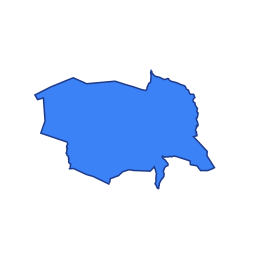 the district of San Pedro Sochiápam, Oaxaca, Mexico, rotated 315°
{"feature_id": "50627088B80283041271538", "entity_name": "San Pedro Sochiápam", "entity_type": "district", "adm_level": 2, "iso_a3": "MEX", "parent_name": "Mexico", "parent_adm1": "Oaxaca", "projection": "natural_earth1", "projection_center": [-96.643, 17.816], "detail": "fine", "context": "isolated", "style": "filled", "palette": "blue", "viewbox_px": 256, "rotation_deg": 315, "n_neighbors": 0, "source": "geoboundaries", "source_scale": "gbopen_adm2", "svg_char_len": 4703}
<svg xmlns="http://www.w3.org/2000/svg" viewBox="0 0 256 256"><g transform="rotate(315 128 128)"><path d="M66.6,102.0L66.8,102.2L66.8,102.3L66.8,102.5L66.7,102.7L65.8,103.8L65.7,103.9L65.7,104.0L65.7,104.3L65.6,104.5L65.7,105.1L65.8,105.2L65.8,105.6L65.8,105.8L65.7,106.1L65.4,106.2L65.3,106.4L65.3,106.5L65.2,106.5L65.0,106.8L64.9,106.9L64.8,107.0L64.8,107.3L64.8,107.6L64.7,107.8L64.6,108.0L64.4,108.1L64.1,108.1L63.9,108.0L63.7,108.2L63.6,108.5L63.5,108.8L63.3,109.1L63.0,109.3L62.7,109.5L62.4,109.7L62.2,109.9L62.1,110.0L61.9,110.4L61.8,110.5L61.8,110.9L61.8,111.1L61.7,111.3L61.6,111.5L61.6,111.8L61.7,112.3L61.9,112.9L61.9,113.0L61.7,113.3L61.5,113.5L61.2,113.6L60.9,113.8L60.7,113.8L60.4,114.0L60.1,114.3L59.9,114.5L59.6,114.8L59.4,115.0L59.1,115.2L59.0,115.3L58.8,115.4L58.6,115.4L58.5,115.5L58.3,115.5L58.2,115.5L58.0,115.4L57.9,115.4L57.9,115.6L60.8,118.1L65.7,131.4L69.1,137.6L74.7,153.6L74.8,154.0L75.2,153.7L76.8,153.3L77.4,153.0L78.1,152.4L78.6,152.1L79.7,151.3L80.8,151.9L87.6,155.0L93.1,155.1L97.8,157.5L99.2,158.2L102.2,162.3L102.3,162.4L103.9,164.1L106.7,167.1L113.2,174.2L119.0,174.1L118.7,174.4L118.5,175.2L118.4,175.7L117.9,176.9L117.0,178.2L116.7,178.7L116.5,179.2L116.3,179.6L115.9,180.2L115.6,180.7L114.5,181.3L112.8,182.8L112.1,183.4L111.0,184.5L110.7,184.9L110.0,185.5L109.6,185.8L108.7,186.2L108.1,186.3L107.8,186.5L107.5,187.2L107.5,187.6L107.4,188.3L107.3,188.8L107.1,189.2L106.9,189.6L106.6,189.9L106.5,190.5L106.4,191.1L106.4,191.7L106.5,192.3L106.9,192.4L107.3,192.2L107.5,191.9L107.7,191.6L108.1,191.5L108.4,191.2L108.9,190.8L109.4,190.7L109.7,190.5L110.1,190.0L110.6,189.6L111.0,189.4L111.4,189.2L111.9,189.1L112.5,188.9L112.9,188.7L113.6,188.4L114.5,188.3L115.0,188.2L115.6,188.1L116.0,188.0L116.4,188.1L117.7,187.9L118.2,187.8L119.0,187.6L119.5,187.3L119.9,187.0L120.3,186.6L120.7,186.3L121.1,185.9L121.5,185.3L121.8,184.5L121.9,183.9L122.3,183.6L122.7,183.4L123.2,183.2L123.8,183.1L124.9,182.3L125.2,182.3L126.1,182.0L126.5,182.0L126.9,181.9L127.4,181.9L127.8,182.1L128.3,182.2L128.9,182.3L129.3,182.6L129.6,182.8L130.1,182.5L130.5,182.1L130.8,181.8L131.0,181.3L131.2,179.8L131.4,178.4L131.5,177.8L131.6,176.8L131.5,176.1L131.4,175.5L131.3,174.9L131.4,174.2L131.4,173.6L131.6,173.0L131.9,172.7L132.3,172.3L132.7,172.7L132.9,173.3L133.0,173.7L133.1,174.2L133.3,174.5L133.6,174.8L133.9,175.0L134.4,175.1L134.6,175.3L135.0,175.9L135.7,176.6L136.0,176.9L136.5,177.2L137.2,177.3L137.4,177.6L137.7,178.0L137.9,178.4L138.1,178.9L138.4,179.2L139.0,179.5L139.6,179.6L139.9,179.7L140.4,180.1L140.8,180.6L141.3,181.3L141.8,181.9L148.6,195.2L146.2,198.0L150.0,203.5L149.2,209.4L154.3,214.5L158.6,216.4L161.1,217.2L164.2,203.5L167.5,200.5L168.2,180.4L171.3,182.2L171.5,181.7L172.2,181.3L172.1,180.5L172.6,180.3L172.7,179.6L173.6,179.5L173.9,177.5L174.8,176.9L176.4,176.2L177.7,175.9L177.7,174.9L178.1,174.8L179.3,175.8L180.5,174.4L181.4,172.7L182.3,170.5L183.5,169.2L184.3,169.7L187.9,167.2L187.9,166.6L188.2,166.6L188.2,165.1L191.1,163.1L191.0,162.6L191.4,160.5L192.2,158.6L193.1,157.7L192.8,155.6L193.2,154.7L193.8,154.1L194.6,154.0L195.2,153.6L196.8,153.8L197.1,153.1L198.1,151.0L198.1,150.4L196.5,148.8L195.9,147.8L196.1,147.0L196.7,145.4L197.1,144.8L197.5,143.9L197.3,143.3L197.1,142.7L196.9,142.1L196.9,141.3L197.4,140.4L197.6,139.7L197.8,139.3L197.9,138.5L197.8,138.1L197.6,137.8L197.4,137.3L197.0,136.4L196.6,135.6L195.9,134.4L195.3,132.4L194.7,131.0L193.3,128.4L191.5,125.3L191.2,124.6L191.1,123.9L191.1,123.4L191.2,122.9L191.5,121.8L191.1,121.1L190.2,120.6L189.4,120.4L188.7,120.0L188.2,119.5L188.0,119.3L187.2,117.6L186.9,116.5L186.5,115.4L186.2,114.6L185.8,113.8L185.3,113.1L185.0,112.5L184.5,111.9L184.1,111.0L183.7,109.9L183.7,108.8L183.8,108.2L183.7,107.4L183.8,106.7L183.8,106.3L184.0,105.8L184.6,105.2L184.8,104.7L184.8,104.4L184.9,103.9L184.4,104.2L183.6,104.5L182.8,105.2L182.4,105.9L182.1,106.3L181.5,106.9L181.1,107.3L180.9,107.7L180.5,108.1L179.9,108.6L179.0,109.3L178.5,109.6L178.3,109.9L177.8,110.4L177.4,110.6L177.0,110.9L176.6,111.3L176.1,111.5L175.6,111.5L175.0,111.2L174.5,111.3L174.0,111.4L173.6,111.3L173.3,111.6L172.9,111.7L172.5,112.0L172.0,112.2L171.6,112.2L171.1,112.4L170.6,112.5L170.1,112.9L169.7,113.2L169.3,113.5L168.9,113.8L168.5,113.9L167.7,114.0L167.2,114.1L164.9,110.7L160.7,102.3L156.7,95.0L151.9,85.7L130.1,67.5L124.8,53.8L117.9,50.8L102.3,44.3L85.5,38.8L84.2,44.0L89.4,47.0L74.3,64.4L62.7,70.0L69.0,82.7L70.3,85.4L71.4,87.6L72.4,89.6L74.6,94.1L75.0,94.6L74.9,95.0L74.6,95.8L74.5,96.0L74.3,96.3L74.2,96.4L74.0,96.8L73.6,97.1L73.1,97.2L72.5,97.0L72.1,97.7L71.0,98.0L70.9,98.8L70.8,99.0L70.8,99.6L69.8,99.6L69.5,100.0L69.3,100.3L69.0,100.6L68.7,100.9L68.3,101.2L66.6,102.0Z" fill="#3b82f6" stroke="#1e3a8a" stroke-width="1.5"/></g></svg>